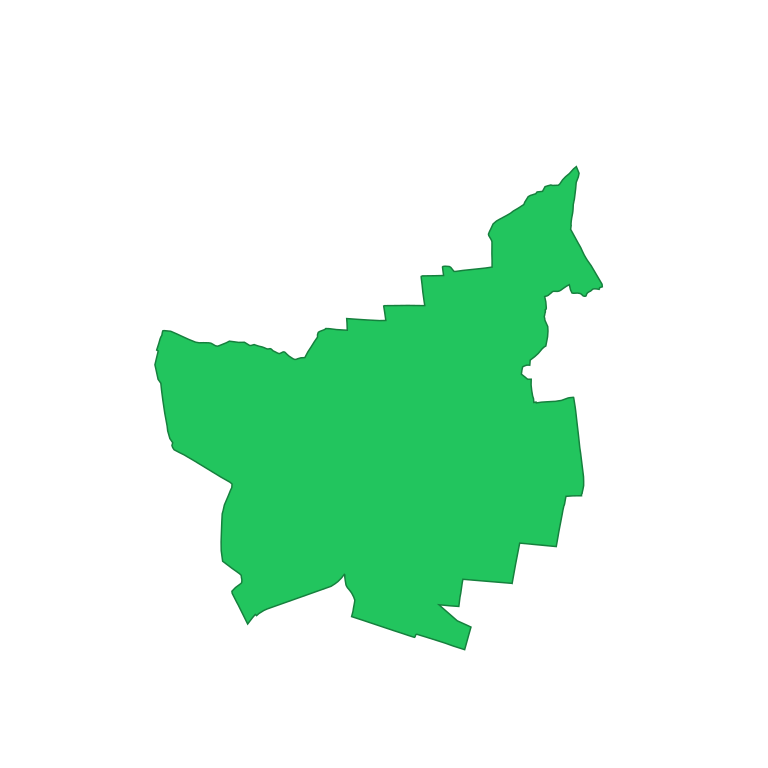 Toboliu, Bihor, Romania (Natural Earth projection), rotated 22°
{"feature_id": "2599482B89514629936161", "entity_name": "Toboliu", "entity_type": "district", "adm_level": 2, "iso_a3": "ROU", "parent_name": "Romania", "parent_adm1": "Bihor", "projection": "natural_earth1", "projection_center": [21.714, 47.047], "detail": "fine", "context": "isolated", "style": "filled", "palette": "green", "viewbox_px": 768, "rotation_deg": 22, "n_neighbors": 0, "source": "geoboundaries", "source_scale": "gbopen_adm2", "svg_char_len": 5750}
<svg xmlns="http://www.w3.org/2000/svg" viewBox="0 0 768 768"><g transform="rotate(22 384 384)"><path d="M555.7,576.8L552.0,576.6L540.6,576.1L520.4,569.1L517.7,568.1L521.3,567.0L528.4,564.9L536.7,562.2L534.3,553.2L533.5,549.1L531.0,539.0L530.4,535.9L530.3,535.5L557.1,527.2L577.3,520.9L577.5,520.9L573.5,501.7L569.4,480.7L604.6,470.2L602.4,459.8L602.0,458.0L601.6,456.2L601.3,454.7L600.8,452.3L599.8,447.1L598.0,438.0L597.9,437.5L597.2,434.2L596.4,429.5L596.5,428.9L596.4,427.7L595.3,422.6L594.8,420.0L600.5,417.2L604.7,415.4L608.6,413.8L609.0,413.6L608.7,413.1L608.5,412.3L608.7,411.4L608.5,410.8L607.9,407.1L607.2,403.5L605.6,399.5L603.7,395.2L601.6,391.4L592.1,374.3L589.5,369.9L583.9,359.4L579.7,351.7L578.0,348.6L573.9,341.0L571.5,336.6L570.6,335.0L570.0,334.0L569.8,333.6L569.3,332.8L565.1,325.8L564.8,325.4L564.6,325.4L561.5,327.0L559.9,328.0L554.6,332.8L551.0,334.9L549.9,335.6L548.5,336.3L548.0,336.5L542.5,339.1L536.9,341.8L532.3,344.5L531.8,343.8L531.4,344.0L531.0,344.2L531.0,344.3L529.8,345.0L528.2,341.7L526.2,339.3L526.1,339.1L523.5,334.9L520.7,329.7L518.7,324.4L515.6,325.7L515.5,325.8L507.7,323.4L506.6,319.1L506.6,318.8L506.3,317.2L506.1,316.2L507.7,314.4L508.8,313.5L509.2,313.1L511.5,312.1L512.1,312.0L511.8,310.9L510.6,307.1L513.5,302.2L515.6,297.8L517.5,292.0L518.8,289.4L519.8,288.2L518.0,279.0L516.2,273.5L514.3,269.4L509.2,264.5L508.7,263.4L507.3,261.4L507.2,260.3L506.7,257.8L506.7,257.3L506.7,257.0L506.5,256.4L505.7,254.8L506.2,254.3L506.1,252.9L503.3,247.3L500.2,242.7L501.0,242.1L501.8,241.5L502.4,241.0L502.9,240.4L503.1,240.2L503.2,239.9L504.1,238.3L504.9,236.9L505.5,235.5L506.2,234.7L507.1,234.3L510.3,233.1L511.7,232.1L512.8,230.8L514.2,228.5L516.6,224.9L518.6,222.5L521.7,226.9L524.2,229.2L525.7,228.9L527.6,228.0L529.3,227.2L532.0,226.6L533.3,226.8L535.1,227.5L535.6,227.7L536.9,227.6L538.1,227.0L538.3,226.6L538.3,225.7L538.2,224.7L538.4,223.8L538.8,222.8L540.0,221.2L540.7,220.5L541.1,219.8L541.6,218.7L542.3,217.6L543.1,217.1L544.3,216.6L545.9,216.1L548.0,215.7L548.1,215.1L547.8,213.9L548.9,213.0L550.0,212.1L548.8,209.8L531.9,196.8L527.4,193.9L526.0,193.0L523.6,191.2L521.3,189.4L519.1,187.4L517.8,186.2L515.5,184.0L513.4,182.3L511.6,180.9L499.4,170.9L499.2,170.9L498.3,167.6L498.1,166.7L497.7,166.1L497.5,165.8L497.3,165.1L496.5,162.5L496.2,161.2L496.1,160.8L495.9,160.1L495.1,156.1L495.0,155.5L494.8,154.5L494.7,154.4L494.6,154.0L494.5,153.4L493.8,151.1L492.2,146.5L491.9,144.6L491.8,144.4L491.3,141.4L490.1,136.9L488.6,131.3L487.4,127.4L486.7,125.1L486.6,119.2L486.1,116.5L485.9,115.5L480.9,110.4L479.2,113.5L478.1,116.5L477.0,119.5L474.7,123.8L473.1,127.8L472.1,132.5L471.2,134.4L466.0,136.7L464.1,137.0L461.7,138.8L459.4,140.7L458.8,146.0L456.2,147.4L454.0,148.6L453.4,150.8L452.0,151.9L450.6,153.1L449.1,154.3L447.5,156.3L447.1,158.7L446.4,162.5L446.4,165.2L442.5,170.8L439.1,175.2L437.3,178.3L434.4,182.0L429.3,188.1L427.2,190.8L425.2,194.7L424.9,200.6L424.7,202.9L424.7,205.9L425.5,207.1L429.4,210.1L430.8,211.6L432.8,216.6L435.2,222.7L437.9,228.9L440.4,235.1L434.6,238.5L424.5,243.9L414.5,249.2L408.6,252.6L406.7,253.4L402.3,250.9L400.7,250.6L399.6,250.9L396.5,251.9L394.7,252.9L394.4,253.6L395.6,255.8L398.6,261.1L390.3,264.7L379.1,269.4L378.2,270.3L378.7,271.5L382.2,277.8L385.5,284.1L389.0,290.2L392.4,296.0L390.6,296.8L376.7,302.2L368.1,305.8L355.1,311.2L354.5,311.8L358.2,318.0L361.9,324.4L356.1,326.9L344.8,330.8L333.9,334.4L324.9,337.3L326.9,341.4L329.8,347.9L319.7,351.3L312.5,353.2L309.2,354.4L309.0,355.1L308.0,356.3L305.8,358.3L304.4,359.7L303.7,360.8L303.8,362.1L303.9,363.3L304.8,365.4L303.6,370.7L302.6,376.5L301.4,382.5L300.7,389.2L297.2,390.8L294.5,392.9L293.3,394.1L291.8,394.7L290.4,394.7L285.4,393.7L283.2,392.9L280.3,391.7L279.2,391.7L278.4,392.1L276.5,394.2L275.5,395.1L273.8,395.2L270.6,394.9L268.7,394.8L267.3,394.2L266.1,393.8L265.1,393.9L263.2,395.1L261.6,395.3L259.4,395.2L257.0,395.3L253.9,395.8L251.2,396.0L248.8,396.1L246.3,398.1L245.0,398.6L242.7,398.2L239.0,397.6L235.9,398.9L233.6,399.9L228.8,401.1L224.6,402.2L222.3,404.9L216.6,410.4L215.5,411.3L213.4,411.7L210.1,411.2L208.2,411.0L206.0,411.5L203.9,412.3L201.0,413.4L197.3,415.0L193.7,415.8L192.0,415.8L186.2,415.8L177.3,415.4L173.6,415.2L166.5,415.0L162.7,416.1L160.0,416.9L159.0,417.6L159.1,418.8L159.4,420.3L159.8,422.2L159.5,423.8L159.5,425.9L160.0,430.6L160.3,434.7L160.5,437.7L162.3,438.0L163.4,445.5L164.4,452.0L166.9,455.6L172.8,464.3L176.8,466.9L180.2,473.3L185.2,482.2L191.6,493.1L198.6,504.1L201.0,508.5L205.9,514.8L210.1,517.6L210.4,520.4L211.5,521.7L212.8,522.8L214.1,523.6L220.0,524.2L225.3,524.6L229.8,525.3L234.8,526.0L267.6,531.4L278.2,532.8L280.6,533.7L281.7,537.1L281.5,540.0L281.5,546.1L281.4,550.6L281.3,556.0L282.3,561.9L282.6,564.9L285.3,572.7L288.7,582.1L292.1,591.4L295.5,599.5L300.8,608.8L312.3,611.9L321.1,614.0L323.3,614.9L324.2,616.7L325.6,618.8L326.4,621.2L326.2,622.4L322.7,628.1L322.4,628.7L320.8,632.7L320.6,633.1L321.7,635.0L323.3,636.4L329.4,641.7L331.5,643.4L336.0,647.4L347.5,657.6L349.6,650.0L351.0,645.9L352.6,646.5L354.0,643.7L357.5,638.9L360.1,636.2L380.0,618.6L410.7,591.4L413.4,587.6L415.3,584.4L417.2,579.8L418.5,575.4L419.2,575.7L419.9,577.6L421.8,580.9L424.0,584.5L424.8,585.3L426.3,586.5L429.7,588.3L432.4,590.0L436.0,593.1L436.2,593.4L437.3,594.7L437.6,594.8L438.1,595.9L438.7,598.5L439.2,601.0L439.7,603.5L440.4,606.4L441.1,611.8L452.8,611.0L459.6,610.6L462.6,610.4L466.0,610.2L469.3,610.0L477.5,609.5L482.1,609.2L485.7,609.0L488.5,608.8L494.2,608.4L500.9,608.0L504.9,607.7L507.0,607.5L507.3,607.4L507.4,606.9L507.5,606.3L507.4,605.2L507.5,604.4L507.7,604.1L508.1,603.8L508.6,603.7L513.3,603.3L517.7,602.9L534.4,601.6L537.1,601.4L546.6,601.0L549.0,600.8L558.3,600.1L556.7,586.1L556.2,581.5L555.7,576.8Z" fill="#22c55e" stroke="#15803d" stroke-width="1.5"/></g></svg>